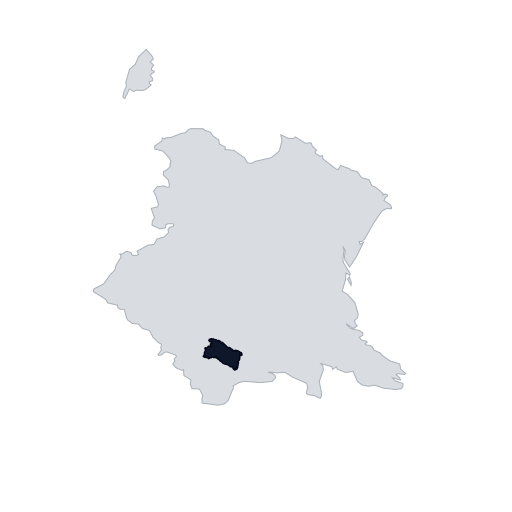 France, with Oise highlighted, rotated 200°
{"feature_id": "FRA-5331", "entity_name": "Oise", "entity_type": "Metropolitan department", "adm_level": 1, "iso_a3": "FRA", "parent_name": "France", "parent_adm1": "", "projection": "natural_earth1", "projection_center": [2.414, 49.417], "detail": "fine", "context": "in_parent", "style": "filled", "palette": "ink", "viewbox_px": 512, "rotation_deg": 200, "n_neighbors": 0, "source": "natural_earth", "source_scale": "10m", "svg_char_len": 6481}
<svg xmlns="http://www.w3.org/2000/svg" viewBox="0 0 512 512"><g transform="rotate(200 256 256)"><path d="M384.8,211.1L381.8,212.6L379.9,215.6L378.0,216.3L374.5,216.3L372.7,214.4L368.5,215.6L366.9,217.5L369.4,219.8L361.2,229.3L355.9,231.9L354.8,238.1L348.6,242.7L346.3,247.7L346.1,248.6L347.7,250.2L347.1,253.4L343.9,255.5L344.0,257.6L344.9,257.9L349.8,256.2L351.6,254.3L350.6,251.7L355.5,248.6L364.3,249.3L365.4,253.6L364.4,257.1L370.8,264.9L365.4,268.5L365.1,270.8L370.9,278.6L374.5,281.8L372.7,287.1L366.7,290.4L362.9,290.2L361.3,291.0L361.5,292.6L364.2,297.4L370.8,300.4L371.8,304.0L370.0,305.3L367.1,310.7L368.5,313.4L368.0,314.6L368.7,316.4L370.5,318.2L379.6,322.8L387.7,321.9L388.8,324.6L383.9,331.7L384.3,334.9L381.8,334.9L381.3,336.0L376.3,338.4L368.3,345.6L364.5,347.7L363.0,351.3L360.8,353.4L349.2,357.5L346.9,356.6L341.2,356.7L337.6,354.1L330.8,352.4L328.5,348.6L322.1,347.9L321.7,345.4L312.8,347.7L300.2,344.2L295.7,340.5L292.1,341.5L288.9,344.8L275.3,353.6L270.0,362.6L271.0,373.2L274.2,378.4L265.9,377.6L261.0,379.2L259.7,381.4L248.0,378.8L243.6,381.0L242.4,380.8L240.9,378.6L235.2,376.1L236.1,374.3L235.3,372.8L229.9,371.5L228.0,373.1L226.0,370.0L210.8,365.2L208.4,365.2L207.4,370.0L197.6,369.9L196.3,369.0L190.0,370.0L183.3,365.6L175.9,366.4L171.4,361.8L167.0,361.5L160.8,359.2L157.9,357.9L157.6,356.6L155.7,358.6L153.4,358.2L152.9,357.6L154.4,355.0L154.8,352.0L147.0,349.9L145.0,347.7L145.0,346.6L149.2,345.6L153.0,341.5L156.8,326.7L159.7,309.1L161.6,305.8L164.0,304.9L162.1,302.5L159.7,305.6L161.4,289.6L164.3,277.6L170.8,282.5L172.3,284.6L174.1,291.8L177.7,294.8L175.4,291.9L173.1,282.4L171.7,279.7L161.5,271.7L161.2,269.9L165.7,270.8L163.9,264.9L163.0,252.4L156.8,251.2L146.9,245.8L140.1,236.3L139.4,232.8L141.3,229.0L139.8,226.6L136.9,225.0L139.2,221.7L141.2,221.4L148.4,223.2L142.6,220.2L133.0,221.2L129.2,220.2L128.6,217.9L131.2,215.0L128.1,213.2L122.6,213.7L122.0,212.9L123.6,210.8L122.3,210.1L117.8,210.9L115.3,210.2L113.0,207.9L105.8,207.3L104.2,206.0L94.4,203.3L84.0,203.7L81.2,199.0L75.0,196.8L76.3,195.3L82.6,193.9L83.9,192.6L79.3,190.7L77.8,188.8L86.2,188.3L82.5,186.3L74.3,186.4L73.3,183.6L74.4,180.8L79.3,178.2L91.2,175.4L99.8,175.3L106.0,172.0L112.0,171.1L117.7,172.7L125.3,180.9L131.6,177.3L140.8,177.4L142.6,179.4L145.2,175.7L147.2,177.9L158.4,177.1L155.8,175.7L153.8,172.3L153.6,159.6L148.0,150.4L146.6,147.0L147.0,144.2L153.7,144.7L159.3,143.5L161.9,144.3L162.5,150.2L164.8,153.7L180.2,154.7L189.1,156.6L196.6,153.2L203.6,151.7L204.2,150.9L200.2,151.3L196.5,149.8L196.0,148.2L198.0,143.6L208.7,138.5L224.4,134.2L228.5,131.3L233.1,126.1L232.1,124.8L232.8,110.7L235.2,106.1L241.1,102.7L256.3,99.4L258.2,103.8L258.0,106.4L262.1,110.3L264.1,111.6L270.7,109.4L273.9,113.1L274.8,117.3L282.8,119.0L285.2,124.4L286.7,123.2L291.7,123.5L294.0,123.9L297.3,126.3L296.3,129.6L297.7,131.2L296.4,134.2L297.4,135.4L306.6,135.4L309.3,134.1L310.5,131.1L313.3,129.3L314.4,129.8L312.7,135.4L314.0,136.9L314.7,140.9L318.1,141.2L325.0,144.4L330.7,149.7L337.8,148.9L343.3,151.8L349.1,150.3L354.5,151.9L356.4,153.4L361.6,160.9L365.5,159.4L368.2,160.3L369.2,162.4L379.5,161.2L381.4,163.3L383.6,164.1L396.8,166.9L397.0,169.7L389.6,177.7L386.5,189.1L384.4,193.0L383.6,196.0L384.3,198.0L384.0,201.1L382.5,208.5L383.5,210.7L384.8,211.1ZM436.3,366.2L435.8,371.0L437.7,374.5L438.7,388.3L435.0,394.9L434.5,403.0L429.9,412.6L422.2,408.4L419.9,406.0L421.8,402.3L417.4,400.3L418.4,396.8L417.9,395.0L414.8,394.8L414.6,393.9L416.8,391.1L416.7,389.4L413.7,387.3L413.1,385.4L415.9,383.2L414.6,381.3L413.0,380.8L416.7,374.6L419.3,372.7L425.1,370.9L427.5,368.6L431.4,369.8L432.1,369.2L433.1,359.3L434.4,359.2L435.7,360.5L436.3,366.2ZM162.0,265.6L161.1,268.4L157.2,263.5L156.7,260.8L162.0,265.6Z" fill="#d9dde1" stroke="#a8b0b8" stroke-width="1"/><path d="M271.1,143.5L271.2,143.8L271.1,144.1L270.8,145.7L270.8,146.1L270.9,146.3L271.3,147.0L271.4,147.5L271.4,148.1L271.2,149.6L271.2,150.0L271.2,150.3L271.3,150.7L271.5,151.0L272.0,151.2L272.2,151.4L272.3,151.7L272.4,152.1L272.3,152.4L272.0,152.6L271.8,152.6L271.3,152.4L271.1,152.4L270.7,152.7L270.2,154.2L269.9,154.8L269.2,155.3L267.9,155.3L267.3,155.8L268.4,157.0L268.6,157.3L268.7,157.6L268.3,158.3L267.7,158.5L267.3,158.9L267.4,159.6L267.6,159.9L267.8,160.1L268.0,160.0L269.4,159.7L269.9,159.7L270.7,160.0L271.1,160.3L271.4,160.6L271.4,161.1L271.3,161.5L270.9,162.0L270.5,162.4L270.2,162.6L269.6,163.0L269.3,163.1L268.9,163.1L268.6,163.1L268.2,163.2L267.8,163.5L267.6,163.5L267.3,163.3L267.0,163.2L266.6,163.3L264.7,163.6L263.3,163.3L263.0,163.3L262.8,163.3L262.5,163.5L262.4,163.7L262.3,163.8L262.1,163.9L261.8,163.9L261.6,163.8L261.4,163.7L261.2,163.5L261.0,163.4L260.4,163.6L260.2,163.6L259.9,163.4L259.4,163.0L258.8,162.9L257.8,163.3L257.2,163.0L257.0,162.7L256.9,162.5L256.8,162.4L256.6,162.3L256.1,162.5L255.9,162.4L251.5,160.4L251.1,160.3L250.7,160.4L249.8,160.9L249.5,160.9L249.1,160.8L247.5,160.2L246.9,160.1L246.5,160.1L245.9,159.8L245.6,159.6L245.4,159.4L245.2,159.3L244.6,159.4L244.3,159.5L243.2,160.2L242.8,160.4L242.4,160.5L241.2,160.5L240.3,160.7L239.9,160.5L239.1,160.4L238.0,160.1L237.2,160.1L236.9,160.1L236.6,160.0L236.3,159.8L236.1,159.5L236.0,159.2L235.6,158.7L235.5,158.3L235.4,158.1L235.5,158.0L235.8,157.6L236.0,157.4L236.3,157.4L236.5,157.5L236.8,157.7L237.0,158.0L237.4,158.2L237.5,158.2L237.8,158.0L237.6,157.5L236.9,156.1L236.2,153.8L236.1,152.9L236.1,152.5L236.2,152.1L236.5,151.6L236.6,151.2L236.8,151.0L237.0,150.9L237.4,150.4L237.4,150.1L237.2,149.8L236.7,149.8L236.3,150.0L236.2,150.0L236.0,149.8L235.9,149.4L235.8,148.3L235.7,147.9L235.6,147.6L235.5,146.6L235.5,146.0L235.4,145.8L235.3,145.6L235.2,145.5L235.4,145.3L235.9,145.0L236.2,144.8L236.5,144.5L236.6,144.2L236.4,143.9L236.2,143.9L235.7,144.0L235.2,144.1L235.2,143.8L235.3,143.4L236.2,142.3L236.4,142.0L236.9,141.8L237.1,141.6L238.7,142.2L239.1,142.4L239.2,142.7L239.4,143.5L239.6,143.7L242.5,143.2L244.8,144.2L249.1,143.8L250.8,144.1L252.1,144.8L254.1,145.2L254.8,145.9L255.1,146.0L255.4,146.1L255.9,145.9L256.2,145.9L257.2,146.7L257.6,146.9L257.8,146.8L258.4,146.5L258.7,146.6L258.9,146.8L259.0,147.5L259.3,147.7L259.5,147.6L259.6,147.4L259.7,147.1L259.9,146.9L260.6,146.2L261.0,146.1L261.6,146.1L262.6,146.4L263.0,146.4L263.1,146.2L263.1,145.9L263.1,145.7L263.1,145.4L263.2,145.1L263.5,144.9L264.2,144.8L264.5,144.5L265.0,143.7L265.3,143.4L265.7,143.4L266.5,143.9L267.0,143.9L267.4,143.7L267.7,143.6L268.0,143.7L268.8,144.2L269.2,144.2L269.4,143.9L269.4,143.3L271.1,143.5Z" fill="#0f172a" stroke="#020617" stroke-width="1.5"/></g></svg>